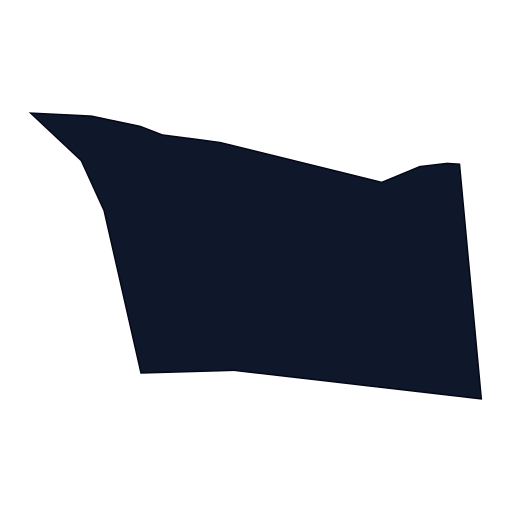 the district of Badr, Al Qahirah, Egypt
{"feature_id": "37247803B98610862498628", "entity_name": "Badr", "entity_type": "district", "adm_level": 2, "iso_a3": "EGY", "parent_name": "Egypt", "parent_adm1": "Al Qahirah", "projection": "natural_earth1", "projection_center": [31.692, 30.146], "detail": "fine", "context": "isolated", "style": "filled", "palette": "ink", "viewbox_px": 512, "rotation_deg": 0, "n_neighbors": 0, "source": "geoboundaries", "source_scale": "gbopen_adm2", "svg_char_len": 417}
<svg xmlns="http://www.w3.org/2000/svg" viewBox="0 0 512 512"><path d="M351.0,383.8L367.1,385.7L481.3,398.9L459.5,164.2L447.2,163.4L437.5,164.5L419.8,166.6L381.7,182.4L326.1,168.6L220.4,142.6L207.2,140.8L162.1,134.9L146.9,129.0L140.2,126.4L105.5,119.1L91.4,116.1L30.7,113.1L81.3,160.6L104.1,210.6L141.0,373.0L203.7,371.2L234.2,370.3L241.5,371.2L351.0,383.8Z" fill="#0f172a" stroke="#020617" stroke-width="1.5"/></svg>